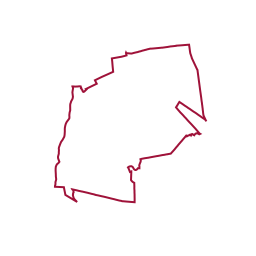 outline of Galbinasi, Buzau, Romania, rotated 244°
{"feature_id": "2599482B63916266325360", "entity_name": "Galbinasi", "entity_type": "district", "adm_level": 2, "iso_a3": "ROU", "parent_name": "Romania", "parent_adm1": "Buzau", "projection": "equal_earth", "projection_center": [26.944, 45.056], "detail": "fine", "context": "isolated", "style": "outline", "palette": "rose", "viewbox_px": 256, "rotation_deg": 244, "n_neighbors": 0, "source": "geoboundaries", "source_scale": "gbopen_adm2", "svg_char_len": 4853}
<svg xmlns="http://www.w3.org/2000/svg" viewBox="0 0 256 256"><g transform="rotate(244 128 128)"><path d="M189.6,182.8L189.6,182.7L189.7,182.4L189.7,182.1L189.9,181.2L190.0,180.9L190.0,180.7L190.2,180.1L190.3,179.2L190.4,178.9L190.4,178.6L190.5,178.2L190.6,177.9L190.6,177.7L190.7,177.4L190.8,176.9L190.8,176.7L191.2,174.9L191.4,173.5L191.4,173.3L191.7,171.9L191.8,171.7L192.0,170.0L192.3,168.9L192.5,168.0L192.7,167.2L192.9,166.2L193.0,165.9L193.1,165.0L193.4,163.7L195.6,160.0L195.9,159.5L196.4,159.2L196.5,159.2L196.4,159.1L193.9,158.5L194.3,156.3L194.9,153.4L197.6,144.0L197.3,143.9L194.5,142.9L192.2,142.0L189.6,141.0L185.0,139.3L185.2,132.6L185.4,127.1L185.4,123.3L185.4,119.2L184.7,119.2L181.5,119.3L181.5,107.4L180.9,107.7L179.9,104.7L179.9,103.9L180.5,103.4L181.0,103.4L181.5,103.6L182.1,103.6L182.8,103.3L183.2,103.5L184.3,103.1L184.6,103.4L184.8,103.6L185.4,103.5L186.1,103.7L186.6,103.0L187.2,101.5L187.6,100.4L188.1,99.4L188.2,99.0L188.6,98.2L189.0,97.7L189.2,97.2L189.6,96.6L189.7,96.3L187.9,96.1L186.2,94.9L184.5,93.7L181.1,92.5L180.2,92.2L178.6,91.0L176.8,88.5L176.1,87.9L174.8,86.6L173.4,85.8L169.2,83.8L167.5,82.3L165.3,80.9L163.4,80.1L162.3,79.4L161.8,78.5L160.4,75.7L159.2,74.1L157.8,72.8L155.8,71.3L154.7,70.7L152.6,69.7L149.6,68.0L148.1,66.9L146.1,64.1L144.8,61.7L143.1,59.8L140.9,57.5L139.9,56.8L138.5,56.3L136.6,55.2L135.3,54.6L133.0,52.6L131.8,52.0L130.7,51.8L128.6,51.6L127.7,51.5L127.0,50.1L126.6,48.4L126.2,47.7L124.9,46.2L123.3,45.2L121.3,44.2L118.2,42.9L116.0,41.9L113.4,41.0L112.4,40.2L111.2,39.1L109.2,38.1L108.1,37.1L107.2,36.6L102.9,44.4L95.3,42.4L83.8,49.9L84.9,49.4L85.3,49.4L85.6,49.2L86.0,49.1L87.6,48.6L88.7,48.5L89.3,48.5L89.7,48.6L90.3,48.7L90.9,48.8L91.5,49.0L91.8,49.0L92.0,49.1L92.2,49.3L92.4,49.5L92.5,49.5L92.9,49.8L93.2,49.9L93.4,50.0L93.6,50.2L93.8,50.6L94.0,50.9L94.5,51.0L94.8,51.2L95.0,51.3L95.3,51.3L95.6,51.4L95.8,51.5L96.0,51.6L96.6,51.3L96.9,51.2L97.2,51.0L97.3,51.0L95.0,53.9L94.1,55.0L93.0,56.3L92.0,57.6L91.7,58.0L91.3,58.4L91.1,58.8L88.5,62.0L87.3,63.5L86.5,64.4L86.1,64.9L84.8,66.4L83.7,67.8L82.6,69.1L82.3,69.2L80.6,71.5L79.7,72.6L78.8,73.7L78.0,74.7L77.0,76.0L75.1,78.3L71.4,82.7L69.7,84.8L69.4,85.1L66.6,88.4L65.3,90.2L64.8,90.6L63.9,92.2L63.1,93.5L58.4,101.4L60.2,102.3L61.2,102.8L62.5,103.4L64.4,104.3L65.0,104.6L67.3,105.6L68.5,106.2L69.7,106.7L70.7,107.1L72.9,108.2L76.0,109.6L77.1,108.8L77.6,108.5L78.9,108.1L79.3,108.0L79.5,108.0L79.8,107.9L80.3,108.1L80.5,108.2L81.4,108.7L86.5,111.4L86.6,111.5L87.5,111.9L87.6,110.5L91.5,110.8L92.6,110.7L92.8,111.7L92.7,112.8L92.4,113.7L92.2,114.2L91.9,114.5L91.3,114.9L90.6,115.2L88.7,115.3L88.2,115.4L88.0,115.5L87.3,115.9L87.0,116.2L86.9,116.4L86.8,116.7L86.8,117.1L86.9,118.0L87.3,118.9L87.5,119.3L86.8,120.6L87.4,120.9L88.4,121.4L89.6,121.8L90.7,122.9L91.6,123.9L92.1,124.5L93.3,125.3L94.5,125.5L94.4,126.4L93.6,129.4L93.2,130.7L92.6,132.6L92.5,132.8L91.8,135.5L90.8,139.1L90.1,141.6L89.8,142.5L89.2,144.7L88.6,147.0L88.0,148.8L87.4,151.1L87.2,151.6L87.1,151.9L87.1,152.2L86.9,152.7L86.9,152.8L86.2,155.2L87.0,157.1L87.1,157.4L88.2,160.1L88.6,161.0L89.0,161.8L89.3,162.5L89.6,163.1L89.7,163.4L89.8,163.7L90.1,164.3L90.3,164.9L90.6,165.4L91.2,166.7L91.2,166.8L91.4,167.2L91.8,168.2L92.0,168.6L92.7,170.3L92.8,170.6L92.9,170.8L93.6,172.3L94.3,173.9L94.3,174.0L95.7,177.1L95.6,177.3L94.7,177.3L94.7,177.7L94.8,179.0L94.7,179.8L94.6,180.1L94.5,180.4L94.8,180.6L94.7,181.2L93.7,181.4L94.5,182.6L94.5,183.0L94.0,183.5L93.0,183.8L92.6,184.2L92.8,184.3L92.8,184.6L92.8,185.0L92.9,185.3L93.2,185.8L93.3,186.3L93.3,186.9L93.1,187.6L92.8,187.7L92.8,187.9L92.3,188.6L91.7,188.9L91.4,189.1L91.1,189.3L91.1,189.7L91.1,190.3L91.7,189.9L97.9,188.3L100.9,187.4L103.3,186.7L106.4,185.7L108.7,185.0L110.2,184.6L111.7,184.2L113.1,183.7L115.0,183.2L117.8,182.3L118.9,181.9L122.7,180.9L125.5,180.2L126.4,181.6L126.4,181.8L127.2,182.9L128.9,185.6L125.1,187.8L124.7,188.0L122.9,189.0L121.3,190.0L119.2,191.1L118.4,191.7L117.6,192.1L115.4,193.3L113.8,194.2L112.9,194.8L111.2,195.8L109.5,196.7L108.7,197.1L107.9,197.6L106.4,198.4L105.3,199.0L103.9,199.8L101.9,201.0L100.6,201.2L100.6,201.3L101.2,201.3L102.9,201.3L104.2,201.3L106.2,201.4L106.3,201.4L106.5,201.4L106.7,201.5L107.0,201.6L107.7,201.8L108.2,202.0L108.6,202.1L109.1,202.3L109.6,202.5L110.5,202.8L111.7,203.2L113.0,203.7L114.0,204.0L115.1,204.4L116.0,204.7L117.0,205.0L117.7,205.3L118.7,205.6L120.3,206.1L123.2,207.1L127.2,208.4L130.0,209.3L134.2,210.7L138.1,212.0L148.6,215.5L149.7,215.9L150.0,215.8L156.5,215.9L162.9,216.0L163.1,216.1L165.9,216.5L167.7,216.7L169.1,217.1L171.2,217.8L172.4,218.2L173.3,218.5L175.2,219.1L176.1,219.4L176.6,218.2L179.0,212.0L180.8,207.6L180.7,207.5L180.7,207.4L181.9,204.0L182.7,201.9L183.0,200.8L183.3,199.8L183.3,199.7L184.6,195.7L185.2,193.9L185.3,193.8L186.3,191.1L188.1,186.3L189.0,184.0L189.4,183.1L189.6,182.8Z" fill="none" stroke="#9f1239" stroke-width="2"/></g></svg>